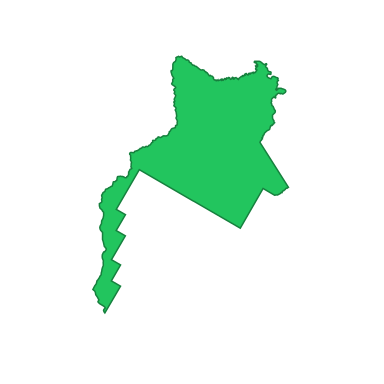 La Jagua Del Pilar, La Guajira, Colombia (Natural Earth projection), rotated 120°
{"feature_id": "7082276B91699112359201", "entity_name": "La Jagua Del Pilar", "entity_type": "district", "adm_level": 2, "iso_a3": "COL", "parent_name": "Colombia", "parent_adm1": "La Guajira", "projection": "natural_earth1", "projection_center": [-73.096, 10.466], "detail": "fine", "context": "isolated", "style": "filled", "palette": "green", "viewbox_px": 384, "rotation_deg": 120, "n_neighbors": 0, "source": "geoboundaries", "source_scale": "gbopen_adm2", "svg_char_len": 5928}
<svg xmlns="http://www.w3.org/2000/svg" viewBox="0 0 384 384"><g transform="rotate(120 192 192)"><path d="M340.3,207.0L309.3,206.8L309.3,217.4L290.9,217.4L290.9,227.9L263.3,227.8L263.3,238.4L244.9,238.3L244.9,248.9L199.0,248.8L199.2,186.9L199.1,185.5L199.2,132.1L153.4,132.2L153.5,118.8L152.4,117.6L151.8,116.4L148.9,114.6L147.9,114.5L147.5,113.7L146.2,114.0L145.1,113.4L144.8,113.1L144.3,113.1L143.4,112.6L141.8,112.4L140.8,111.2L140.1,111.2L139.7,110.9L115.1,157.9L113.7,158.2L112.5,157.8L111.3,157.9L110.7,157.6L110.1,158.5L108.8,158.1L107.6,158.8L106.6,158.3L105.2,158.6L104.6,158.6L101.6,157.7L99.1,156.1L95.4,157.0L94.9,156.3L94.2,156.3L94.1,155.9L93.7,156.0L93.2,155.6L92.5,155.7L92.0,155.3L91.3,155.4L90.7,155.1L90.2,156.2L89.2,156.8L88.7,158.1L87.7,159.2L85.4,160.6L85.0,160.7L81.7,159.8L80.2,160.3L79.6,161.1L79.5,161.9L78.7,162.7L77.3,164.6L77.1,166.1L75.9,166.9L75.4,168.0L74.9,168.2L73.9,168.2L72.5,169.2L71.7,169.5L70.7,169.3L68.8,168.6L68.7,168.1L68.9,166.9L68.8,166.7L67.9,166.9L67.1,167.8L66.2,167.7L65.7,167.3L64.1,167.1L63.0,166.2L62.8,164.6L62.1,164.3L61.9,162.7L61.5,162.1L59.0,161.0L57.9,161.1L57.2,161.7L57.0,162.3L57.1,164.1L57.5,165.4L57.6,166.6L58.9,168.9L61.6,169.5L61.5,170.4L61.2,170.8L59.2,170.6L57.9,171.3L56.0,171.4L55.0,172.9L53.5,173.5L52.3,172.9L51.9,173.4L51.6,174.3L50.5,174.3L50.3,175.1L50.8,176.7L50.7,178.1L51.2,179.5L52.1,180.2L54.5,180.3L54.9,183.1L54.8,183.8L54.0,185.2L53.2,185.3L52.0,185.1L51.5,184.8L51.0,183.0L50.7,182.6L49.1,183.2L48.7,183.6L48.7,184.1L49.2,185.7L49.0,186.9L48.5,187.5L47.2,188.6L46.9,190.2L46.6,190.9L46.0,191.4L44.3,191.1L44.0,191.2L43.7,191.7L43.8,192.0L45.3,192.9L45.6,193.6L45.0,197.3L45.0,198.6L45.3,199.4L47.5,203.1L47.8,203.2L48.6,202.8L48.5,202.1L48.0,201.7L48.0,200.9L48.4,200.4L48.7,200.6L48.9,200.5L48.9,198.9L49.8,198.5L50.1,198.1L50.5,198.1L50.8,198.4L50.5,199.6L51.1,200.0L51.8,199.1L52.0,198.4L53.4,198.6L53.7,198.4L54.0,197.9L53.7,197.2L53.9,196.8L56.8,196.9L57.0,197.5L58.2,197.9L57.6,198.6L58.0,198.9L58.3,199.5L58.9,199.4L59.9,200.9L60.6,200.5L60.9,200.7L60.7,201.6L61.1,201.7L61.1,202.2L62.1,202.3L62.5,201.9L62.7,202.0L62.8,203.8L62.3,204.2L62.3,204.4L63.9,205.3L64.2,205.1L64.5,204.5L65.4,205.2L65.9,206.4L66.0,206.4L66.3,205.9L66.6,205.8L67.2,207.0L70.2,208.2L71.3,208.0L71.4,209.0L71.0,209.5L71.1,210.7L70.9,211.1L71.7,212.0L72.5,212.2L73.0,212.0L73.5,212.6L73.3,213.0L72.5,213.0L72.3,213.6L72.4,214.3L73.0,214.5L73.5,214.2L74.2,214.3L75.2,215.0L75.0,215.5L74.3,216.4L74.4,217.4L75.5,217.6L75.7,218.9L76.3,219.1L77.0,218.8L77.1,219.5L77.7,219.4L77.5,220.4L79.5,220.8L79.4,221.3L79.0,221.9L79.4,222.8L79.6,223.0L79.8,222.8L80.2,221.7L80.5,221.9L80.7,222.2L80.5,223.4L82.3,224.7L82.3,225.2L81.9,225.6L82.9,225.9L83.3,226.3L83.0,226.9L83.5,227.1L83.3,227.8L83.8,228.7L83.0,230.3L82.3,230.5L81.6,232.1L82.0,233.5L81.8,234.4L82.7,235.1L81.2,238.4L81.2,239.2L81.5,239.5L81.0,240.1L81.1,241.3L80.5,242.4L80.8,243.9L81.5,244.5L81.9,245.7L81.8,247.0L81.1,251.1L81.5,252.4L81.2,253.8L81.8,254.7L81.2,256.8L80.6,257.5L81.0,258.9L80.9,259.3L80.1,260.0L79.8,261.0L79.8,261.8L80.6,262.9L80.2,264.6L80.3,267.4L79.6,268.6L79.7,269.0L81.3,270.2L81.2,271.1L81.3,271.6L82.1,271.9L82.5,272.5L83.7,273.1L85.2,272.0L87.4,271.7L88.1,272.2L89.1,272.6L90.8,272.5L95.3,270.0L96.8,269.9L97.3,270.7L98.3,270.3L101.0,267.5L102.6,264.6L103.8,265.0L104.6,264.8L105.8,263.9L108.5,263.7L108.9,262.8L109.2,259.1L109.5,258.5L110.3,258.3L111.2,258.9L112.8,258.8L113.1,258.4L113.4,257.4L114.0,256.9L115.4,256.8L115.7,256.4L116.1,254.9L116.4,254.5L118.4,253.9L119.7,254.0L120.4,253.8L121.0,253.5L121.8,252.3L122.5,252.2L122.8,252.7L123.2,252.7L124.4,251.2L126.2,250.9L126.7,250.0L126.7,248.9L127.3,247.8L128.2,247.4L128.9,247.6L129.4,247.5L130.5,245.9L133.4,243.6L134.2,243.1L135.4,243.0L136.2,242.6L137.2,240.9L138.1,240.0L139.3,239.6L140.5,238.8L141.5,238.5L142.3,239.2L142.8,239.4L144.6,238.6L147.0,241.0L147.9,241.3L150.5,241.4L151.4,241.8L151.9,241.4L155.0,241.3L156.4,242.4L157.5,244.6L158.0,245.1L160.2,246.1L160.6,246.6L161.1,248.7L161.3,248.9L162.4,248.8L163.8,249.8L165.1,249.5L166.1,250.2L166.8,251.7L167.1,251.8L168.5,250.9L169.5,251.6L172.0,251.7L173.1,252.6L174.3,252.8L175.0,253.2L175.4,254.6L175.8,254.8L176.3,254.9L177.0,255.4L177.5,257.0L177.9,257.4L179.2,257.6L179.5,257.8L180.2,258.7L180.9,258.7L181.3,259.0L182.0,259.1L183.0,259.8L183.6,260.0L184.2,260.9L184.8,261.2L185.5,262.0L186.6,261.9L187.0,262.1L187.4,262.7L188.2,264.7L189.4,265.3L189.9,265.2L190.5,264.8L190.9,263.5L191.6,263.2L193.5,261.9L195.1,261.3L195.8,260.1L196.9,259.0L198.0,258.8L199.5,257.9L200.7,257.5L201.6,256.0L201.9,255.9L203.3,256.9L204.6,256.9L205.7,256.7L206.5,256.9L207.2,256.2L208.0,256.1L208.4,255.6L209.4,255.7L210.2,255.5L211.3,256.1L212.2,255.9L213.0,256.9L213.1,257.3L213.0,258.0L213.2,259.8L213.7,260.6L214.2,262.1L215.1,262.9L215.4,263.7L215.9,264.1L216.5,264.1L219.5,263.0L220.4,263.5L221.4,263.7L222.3,265.0L222.7,265.2L224.8,264.5L226.9,264.1L227.7,264.9L228.7,265.3L230.1,266.3L231.3,266.7L232.7,268.1L233.3,268.1L235.2,267.7L236.6,268.6L237.9,268.8L238.7,268.4L239.8,268.7L240.4,268.4L241.7,267.1L242.4,266.8L243.5,266.7L245.1,265.4L246.2,265.2L248.4,266.4L250.4,265.2L252.1,263.4L252.4,261.3L253.2,260.1L253.8,258.4L256.5,256.8L259.2,255.9L262.2,255.8L264.6,254.6L267.6,254.5L269.0,254.0L270.2,252.9L270.8,252.0L271.8,249.2L277.8,245.8L279.4,244.0L282.9,240.8L283.1,240.5L283.2,239.6L283.7,239.0L283.7,238.2L284.3,237.7L285.0,237.5L287.3,237.7L287.6,237.8L287.7,238.2L287.9,238.4L288.6,238.5L291.2,238.3L293.0,237.4L294.2,236.5L295.9,234.3L297.2,233.8L300.1,232.0L302.0,231.8L304.0,231.3L305.6,230.6L307.6,230.1L309.0,229.3L311.1,229.6L312.2,229.4L315.3,229.6L316.3,229.9L319.4,229.0L322.0,229.3L326.0,229.1L326.4,226.7L327.3,225.5L329.1,224.0L330.2,221.6L332.0,218.7L332.4,218.6L333.8,218.7L334.4,218.1L334.9,216.1L335.0,211.3L335.4,209.6L335.8,209.2L337.7,209.6L338.8,209.4L339.8,208.2L340.3,207.0Z" fill="#22c55e" stroke="#15803d" stroke-width="1.5"/></g></svg>